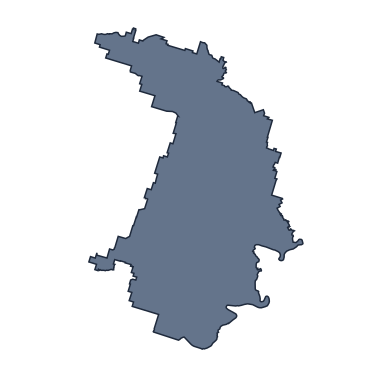 Ipswich, Queensland, Australia (Albers equal-area conic projection), rotated 98°
{"feature_id": "25037944B52648858671508", "entity_name": "Ipswich", "entity_type": "district", "adm_level": 2, "iso_a3": "AUS", "parent_name": "Australia", "parent_adm1": "Queensland", "projection": "albers", "projection_center": [152.701, -27.678], "detail": "fine", "context": "isolated", "style": "filled", "palette": "slate", "viewbox_px": 384, "rotation_deg": 98, "n_neighbors": 0, "source": "geoboundaries", "source_scale": "gbopen_adm2", "svg_char_len": 5961}
<svg xmlns="http://www.w3.org/2000/svg" viewBox="0 0 384 384"><g transform="rotate(98 192 192)"><path d="M229.7,79.5L228.9,76.2L228.0,75.1L227.4,75.0L224.3,76.3L223.7,77.4L223.9,79.1L224.4,79.7L225.4,80.1L227.6,81.9L227.6,84.9L224.4,86.0L222.5,86.0L221.8,85.5L220.9,85.8L220.7,86.1L220.6,87.1L219.5,87.3L217.0,86.2L216.2,85.2L215.9,85.9L216.1,87.6L215.1,88.4L215.1,89.0L214.9,89.4L216.2,89.6L216.3,90.4L216.1,90.8L213.8,92.4L213.2,91.9L213.3,91.1L212.6,90.5L212.5,91.2L211.3,91.0L208.3,93.4L208.1,92.1L207.8,92.0L207.4,92.5L207.2,95.0L206.5,95.3L207.0,96.7L206.9,97.2L205.6,97.5L205.1,98.3L204.4,98.9L204.0,98.7L202.8,99.3L203.1,100.3L202.9,100.7L202.4,100.4L202.0,100.7L201.3,100.5L201.0,101.1L201.3,101.8L200.6,101.8L199.7,103.0L199.3,103.1L198.2,104.2L196.2,105.5L194.1,102.7L192.2,104.1L190.2,101.3L187.7,103.2L186.3,101.3L185.8,101.6L184.0,112.7L169.0,110.4L167.3,109.7L166.9,111.9L159.9,110.8L159.5,112.0L158.3,112.0L158.7,113.2L159.3,113.5L159.2,114.5L158.2,114.1L158.4,113.7L158.1,113.2L157.6,113.1L156.3,113.4L156.0,115.2L153.9,114.9L153.1,114.3L151.1,113.7L151.5,111.2L145.4,110.3L145.5,109.9L141.0,109.2L140.2,114.9L137.7,114.5L137.4,116.8L139.5,117.2L138.6,122.3L138.1,123.2L138.0,124.3L136.7,124.3L135.8,123.7L133.7,124.3L132.4,124.1L132.2,125.2L127.3,124.4L127.3,125.0L109.8,122.4L109.1,127.5L107.4,126.3L106.5,131.7L103.9,131.1L100.6,132.8L104.7,140.9L95.6,145.5L95.5,145.8L95.9,146.3L94.6,147.0L94.6,147.3L95.4,147.5L95.2,148.0L94.1,149.3L93.9,150.0L92.8,150.5L92.2,151.2L91.5,154.1L90.7,155.6L88.9,157.7L88.5,159.2L87.1,160.2L85.7,165.1L85.7,167.3L85.2,167.4L83.2,170.0L82.2,170.5L82.2,171.5L82.9,172.3L83.1,173.7L83.0,174.2L82.2,174.7L81.7,177.3L79.8,177.0L79.0,182.6L78.2,182.4L77.3,181.5L77.0,179.2L75.4,176.8L74.8,176.6L74.5,176.9L74.3,178.0L73.6,178.4L72.1,177.3L70.0,176.9L69.5,176.0L69.5,175.0L68.9,174.6L67.8,175.8L67.1,175.8L66.2,175.0L65.0,175.7L64.0,175.8L63.9,176.6L64.8,177.1L65.3,177.9L65.4,178.4L65.1,178.7L63.8,178.9L59.8,177.6L59.0,176.9L58.6,176.1L58.4,176.2L58.4,178.0L57.3,179.6L54.4,179.3L54.0,181.8L56.3,182.2L56.2,182.7L59.6,183.2L57.0,187.7L56.7,189.5L56.1,190.4L54.6,191.0L53.8,191.6L53.7,193.0L53.3,194.3L50.4,195.7L50.0,195.7L48.8,196.6L46.9,197.3L44.6,197.7L42.5,200.2L42.6,202.1L42.0,204.5L54.6,206.5L53.9,211.0L52.2,210.7L50.9,218.5L52.8,218.8L50.1,236.5L49.1,236.3L48.8,238.3L45.7,237.8L44.7,243.9L43.7,242.3L42.8,241.3L41.3,249.4L44.7,257.0L48.8,261.6L49.3,261.7L48.7,265.3L52.1,265.8L51.2,271.6L47.8,271.1L47.8,271.4L39.5,270.1L39.4,270.7L38.2,270.5L37.8,272.8L39.1,273.0L39.0,273.6L43.6,274.3L42.9,279.3L46.6,279.8L47.1,280.7L47.7,283.6L47.0,285.3L45.9,286.6L44.5,287.5L44.5,289.5L45.2,291.4L46.5,293.2L46.8,296.0L47.3,296.1L47.0,297.7L47.9,299.3L48.1,300.2L48.2,301.4L47.9,303.6L48.8,306.1L48.7,307.9L58.0,309.0L58.9,303.5L61.4,303.8L63.1,293.4L67.3,294.1L67.1,295.4L71.3,296.1L75.5,269.4L80.3,270.1L81.7,269.7L82.5,264.3L83.1,263.7L84.3,261.4L84.0,260.6L84.4,257.6L92.1,258.9L92.4,256.7L99.4,257.8L101.8,242.1L113.1,243.9L115.5,228.4L115.0,222.5L116.1,218.9L118.7,216.3L118.6,216.7L125.6,217.8L125.6,217.1L136.5,218.8L136.5,216.0L146.9,217.6L146.4,220.4L156.6,222.1L156.8,220.6L160.7,221.3L160.1,225.2L162.3,225.4L161.8,228.8L178.6,231.6L179.1,228.5L183.8,229.2L188.4,229.6L188.1,231.5L195.4,232.7L194.8,236.8L204.1,238.4L203.9,237.7L205.1,237.2L204.9,236.6L204.8,235.6L205.2,234.9L215.1,236.6L216.8,241.1L216.9,242.1L224.6,243.4L224.4,243.7L233.4,245.2L233.5,245.9L244.6,247.6L247.3,251.2L246.2,258.9L258.0,260.7L258.4,261.1L259.5,261.1L260.4,262.4L259.9,265.7L269.2,267.0L267.8,277.3L265.5,277.7L270.9,278.6L270.1,283.5L275.6,284.4L276.9,276.5L282.4,277.4L283.0,274.1L281.6,273.9L282.4,272.7L281.7,272.2L282.2,271.2L281.8,268.2L282.0,266.9L281.4,265.9L281.3,264.2L279.9,261.3L280.2,259.4L279.9,258.7L278.7,259.1L278.0,258.7L277.7,259.0L275.0,258.7L274.4,258.3L274.2,259.8L269.7,259.1L270.5,253.4L270.1,253.3L270.9,248.2L271.5,248.3L272.3,242.3L274.0,242.5L273.9,241.6L274.2,241.3L273.9,240.8L274.3,240.6L274.2,239.9L280.2,240.9L280.6,238.2L283.5,238.6L284.0,234.9L287.0,235.4L286.6,238.6L287.7,240.5L291.7,241.1L291.8,240.2L299.2,241.4L299.8,237.6L308.3,239.1L309.1,234.6L313.6,235.3L317.9,208.0L332.6,210.4L333.4,210.1L335.7,210.9L336.0,210.6L340.6,184.7L339.6,183.5L338.4,182.6L337.0,180.5L336.8,179.5L342.9,171.8L343.8,170.4L344.5,168.5L345.7,161.4L346.2,160.0L345.5,159.2L345.7,158.1L344.4,155.3L342.0,152.1L341.3,151.4L339.0,150.5L335.8,147.8L334.5,147.0L332.1,146.9L331.8,146.6L330.6,147.2L330.1,147.0L328.2,147.5L328.0,147.0L327.1,146.2L326.6,146.8L325.1,146.9L323.7,145.4L322.2,145.3L321.0,144.7L319.6,143.0L318.3,139.6L316.8,137.7L317.1,137.4L313.2,133.9L310.5,131.1L309.2,130.5L307.9,130.6L306.6,131.6L303.4,139.9L302.3,141.7L301.2,142.2L300.1,141.9L299.4,141.5L299.1,140.8L298.8,132.9L298.2,131.1L298.3,130.1L297.4,127.5L296.0,124.4L295.0,121.4L295.1,116.3L296.9,111.0L297.2,109.4L297.0,107.2L295.4,103.6L294.1,101.5L291.1,100.3L289.4,100.2L287.0,100.8L285.4,101.7L284.9,102.5L284.7,103.1L284.9,104.0L285.4,104.5L289.0,105.5L290.3,106.1L291.0,107.8L291.0,108.6L290.6,109.2L290.0,109.5L288.3,109.6L286.0,110.3L282.5,112.2L281.4,112.1L280.8,112.8L280.5,114.6L279.9,115.5L279.1,115.9L272.9,116.9L270.8,116.9L269.8,115.9L266.7,115.2L265.7,115.3L265.1,115.8L264.5,115.9L261.6,114.8L260.9,113.9L260.5,112.4L259.8,112.4L258.5,113.2L258.4,113.6L259.2,114.5L259.9,116.1L259.8,116.5L259.4,116.7L258.4,116.3L258.3,117.5L257.8,118.0L254.5,118.4L252.9,118.1L251.7,116.2L249.9,116.0L248.7,116.9L248.3,117.7L247.3,118.4L246.4,119.9L244.9,120.8L244.8,121.3L244.1,121.8L244.0,122.4L242.8,122.3L242.5,123.6L240.9,123.1L239.8,121.8L238.9,121.6L238.6,122.3L238.0,122.6L236.2,122.3L235.2,121.0L234.9,118.5L235.6,115.3L236.1,111.0L237.9,103.4L237.9,102.0L239.2,98.0L240.2,96.6L242.0,95.7L243.8,95.7L245.9,96.7L246.6,96.6L247.4,95.6L247.6,94.2L247.1,92.8L246.3,92.0L243.7,91.7L241.0,92.0L239.6,91.5L237.5,90.1L235.6,87.2L234.3,83.8L231.8,81.0L229.7,79.5Z" fill="#64748b" stroke="#1e293b" stroke-width="1.5"/></g></svg>